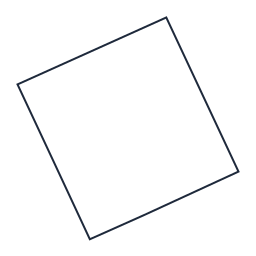 Ellis, Kansas, United States of America (Robinson projection), rotated 65°
{"feature_id": "52423323B59863031323123", "entity_name": "Ellis", "entity_type": "district", "adm_level": 2, "iso_a3": "USA", "parent_name": "United States of America", "parent_adm1": "Kansas", "projection": "robinson", "projection_center": [-99.256, 38.915], "detail": "fine", "context": "isolated", "style": "outline", "palette": "slate", "viewbox_px": 256, "rotation_deg": 65, "n_neighbors": 0, "source": "geoboundaries", "source_scale": "gbopen_adm2", "svg_char_len": 279}
<svg xmlns="http://www.w3.org/2000/svg" viewBox="0 0 256 256"><g transform="rotate(65 128 128)"><path d="M212.7,209.6L213.7,150.0L214.2,46.3L211.1,46.3L44.0,46.6L41.8,209.7L45.9,209.7L127.3,209.6L147.8,209.6L212.7,209.6Z" fill="none" stroke="#1e293b" stroke-width="2"/></g></svg>